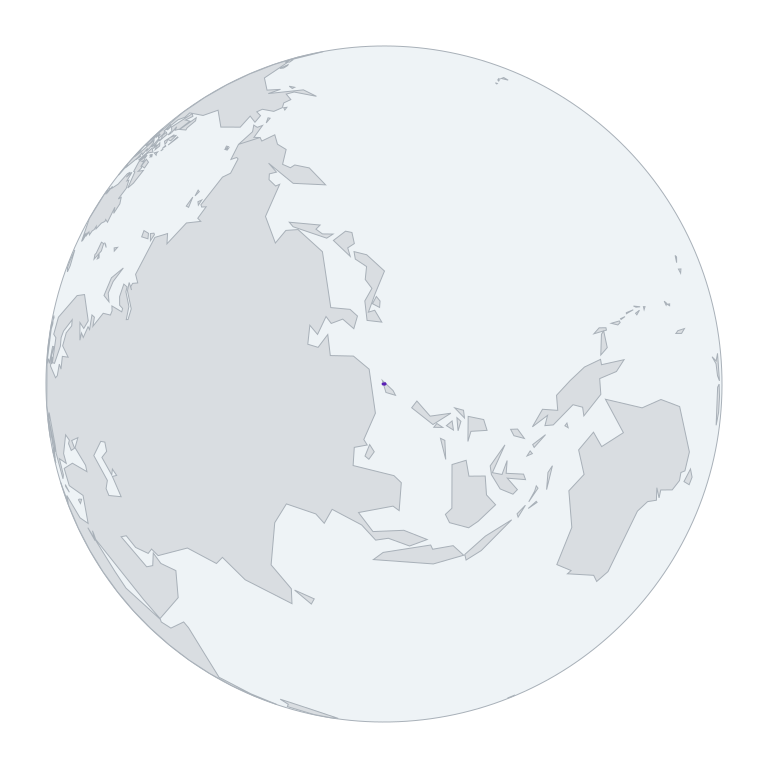 Hsinchu on an orthographic globe, rotated 307°
{"feature_id": "TWN-1162", "entity_name": "Hsinchu", "entity_type": "County", "adm_level": 1, "iso_a3": "TWN", "parent_name": "Taiwan", "parent_adm1": "", "projection": "orthographic", "projection_center": [121.134, 24.693], "detail": "coarse", "context": "on_globe", "style": "filled", "palette": "violet", "viewbox_px": 768, "rotation_deg": 307, "n_neighbors": 0, "source": "natural_earth", "source_scale": "10m", "svg_char_len": 11638}
<svg xmlns="http://www.w3.org/2000/svg" viewBox="0 0 768 768"><g transform="rotate(307 384 384)"><circle cx="384" cy="384" r="338" fill="#eef3f6" stroke="#a8b0b8"/><path d="M661.9,539.1L661.6,541.0L661.3,541.4L661.9,539.1ZM612.8,135.4L589.5,116.6L590.3,116.6L583.2,111.7L581.8,111.9L582.7,113.4L556.5,104.3L548.3,113.7L557.0,124.0L546.3,116.8L570.4,142.6L573.1,156.9L563.1,136.5L556.7,131.4L555.1,138.4L548.2,134.8L543.5,136.5L535.4,131.9L530.2,121.5L524.8,118.6L524.0,123.9L515.4,123.4L517.4,115.9L502.6,114.6L491.0,99.1L502.8,86.7L489.6,77.9L483.6,65.7L477.3,64.5L471.0,60.5L461.3,58.0L463.0,57.4L453.9,56.1L454.2,57.2L450.3,57.3L444.7,56.2L445.8,54.9L448.8,55.2L446.2,54.4L449.1,54.3L444.5,53.7L446.5,52.9L436.1,52.3L430.8,50.5L434.3,50.4L444.8,52.2L479.1,59.8L480.4,60.1L504.6,68.3L528.2,78.4L550.9,90.2L572.7,103.7L593.4,118.7L612.8,135.4ZM701.4,300.3L698.6,293.8L700.8,295.2L701.4,300.3ZM696.6,291.7L697.6,293.5L696.7,292.3L696.6,291.7ZM695.6,292.1L696.3,291.8L695.8,292.9L695.6,292.1ZM694.7,293.6L695.1,292.5L695.2,292.9L694.7,293.6ZM692.2,293.7L691.5,293.5L691.6,291.7L692.2,293.7ZM584.2,114.9L582.6,112.4L586.3,114.0L588.5,116.3L584.2,114.9ZM576.0,113.7L573.3,110.9L581.4,115.2L580.4,115.4L576.0,113.7ZM564.8,132.9L564.8,129.1L567.2,134.1L564.8,132.9ZM544.3,137.6L546.5,139.9L543.1,139.9L544.3,137.6ZM527.7,133.1L521.6,132.8L526.8,131.2L527.7,133.1ZM439.1,50.6L452.7,53.1L455.5,53.8L447.1,52.4L438.2,50.5L439.1,50.6ZM517.4,131.4L502.7,131.7L506.3,136.7L487.8,123.6L506.4,127.2L512.4,124.2L512.7,128.3L517.4,131.4ZM456.8,58.2L456.2,56.8L461.9,59.1L456.8,58.2ZM461.4,59.7L484.6,68.2L482.7,70.3L475.3,66.6L477.1,70.8L464.7,67.4L461.0,64.5L464.7,63.6L457.2,63.1L461.4,59.7ZM480.0,116.9L475.6,115.8L479.2,115.0L480.0,116.9ZM449.2,57.5L454.1,58.8L452.8,60.5L442.8,58.3L446.5,58.4L449.2,57.5ZM483.6,73.8L480.8,75.1L470.1,72.6L467.6,72.9L464.3,67.6L483.6,73.8ZM443.9,57.5L437.8,57.3L433.3,55.7L444.4,56.5L443.9,57.5ZM456.7,62.0L455.6,62.8L452.9,61.6L456.7,62.0ZM413.8,50.9L419.7,51.7L419.5,52.6L413.8,50.9ZM435.9,57.4L437.5,58.0L438.0,58.6L433.2,58.2L435.9,57.4ZM457.0,66.5L453.0,65.4L457.8,68.5L449.9,67.3L449.1,64.1L446.2,65.0L443.8,64.7L445.8,62.6L457.0,66.5ZM430.1,59.9L426.4,56.3L415.6,54.2L415.5,53.3L432.9,56.9L430.1,59.9ZM439.1,61.6L433.5,60.2L436.2,59.4L441.7,59.8L439.1,61.6ZM444.9,67.8L457.1,70.4L456.9,71.1L444.9,67.8ZM426.4,59.4L427.4,60.3L425.4,59.3L426.4,59.4ZM438.6,65.2L443.0,65.9L442.6,66.6L438.6,65.2ZM425.7,61.8L424.5,60.5L428.2,60.6L425.7,61.8ZM431.2,63.5L429.6,64.3L430.3,61.4L433.2,63.6L431.2,63.5ZM437.5,65.8L438.7,66.4L435.7,65.4L437.5,65.8ZM412.4,62.7L412.3,59.0L420.5,59.0L419.4,62.4L412.4,62.7ZM130.7,160.4L130.1,161.0L129.7,161.5L130.7,160.4ZM110.8,185.1L98.6,203.8L104.1,197.7L94.2,221.8L94.6,231.6L113.9,210.7L113.4,193.8L124.1,179.4L133.2,182.8L135.2,199.5L139.5,194.6L147.2,175.6L156.9,171.8L150.9,168.6L146.5,175.5L142.7,174.2L146.5,168.0L149.8,166.5L151.8,160.3L135.6,170.0L129.4,178.0L129.0,169.7L118.5,182.6L115.1,184.7L131.5,163.7L136.9,158.5L159.7,133.7L153.9,138.1L132.1,162.3L134.8,158.4L126.8,166.2L135.0,157.2L160.4,131.1L163.9,127.6L200.9,100.0L196.0,103.4L202.3,100.8L199.1,104.3L214.6,96.7L215.1,97.9L205.8,101.8L197.6,106.9L191.3,117.9L194.0,118.1L204.5,112.7L201.5,117.1L212.5,110.5L215.3,115.6L221.1,104.4L233.7,99.4L242.5,99.6L247.7,96.3L233.4,96.2L226.8,98.2L219.4,102.8L202.2,108.4L201.5,106.3L223.5,94.1L225.0,90.3L241.4,83.8L269.9,85.7L275.2,91.0L256.4,109.8L247.7,110.8L250.1,104.2L235.9,114.8L242.7,111.7L240.2,115.8L251.6,113.2L250.3,116.1L263.4,109.2L263.1,112.5L254.9,116.8L271.5,117.2L274.4,124.0L278.8,122.8L282.6,119.7L283.8,131.1L287.0,129.8L287.8,125.5L294.6,120.3L307.2,116.1L306.9,120.3L302.3,122.4L292.4,133.6L280.3,139.4L281.4,140.8L291.9,136.9L304.1,123.0L311.7,119.4L307.1,125.8L309.4,123.1L313.1,122.7L316.5,126.5L322.1,119.6L363.2,112.8L373.9,120.6L365.3,126.3L393.7,129.3L403.6,139.8L404.3,135.5L418.5,135.3L415.6,131.9L417.0,129.9L452.0,130.5L460.0,134.6L475.9,132.0L476.3,130.1L471.2,126.6L487.8,123.6L506.3,136.7L504.5,140.2L517.3,146.8L511.4,154.6L512.4,164.7L498.4,170.8L500.4,179.1L505.2,180.9L511.6,194.3L507.9,217.5L489.6,190.7L490.9,158.9L488.5,170.6L482.8,166.0L478.0,169.2L476.9,178.3L480.7,180.5L446.5,188.5L431.2,212.4L447.6,213.2L455.6,222.4L452.6,255.2L413.0,295.5L423.2,312.0L422.3,321.9L410.0,326.6L411.0,312.0L400.6,305.4L403.0,297.1L383.6,301.1L386.3,289.4L369.9,299.2L373.6,309.3L389.7,309.3L374.4,324.0L387.9,342.8L386.9,363.2L355.5,394.7L327.5,401.3L325.2,407.3L315.5,398.4L300.3,408.4L316.8,447.1L315.6,457.2L292.0,472.3L291.9,464.7L266.0,441.0L259.5,464.0L279.1,487.9L285.8,512.1L270.0,501.9L263.4,480.3L254.3,471.3L258.0,451.0L252.7,418.0L236.8,420.1L239.2,407.7L229.5,378.2L207.5,380.2L171.6,402.7L164.7,433.2L153.2,442.7L144.1,390.9L148.3,359.3L139.8,358.2L134.7,325.7L111.0,306.9L112.3,297.7L106.8,297.6L104.0,284.0L107.7,269.5L103.8,266.0L95.2,304.5L99.8,308.6L110.2,301.4L106.4,313.8L109.7,330.1L89.5,348.2L61.9,346.3L67.0,322.4L86.4,247.2L90.1,241.7L90.5,240.9L91.3,239.5L85.0,247.6L91.0,233.9L72.3,282.1L65.7,300.8L61.4,347.2L59.9,349.3L60.8,360.7L73.4,367.2L71.7,374.6L61.1,401.6L50.5,428.8L56.4,463.9L63.3,490.3L63.6,491.5L56.6,467.7L51.4,443.5L47.9,419.0L46.2,394.3L46.4,369.5L48.4,344.8L52.1,320.3L57.7,296.2L65.0,272.5L74.0,249.5L84.7,227.1L97.0,205.6L110.8,185.1ZM129.4,231.4L135.8,241.9L146.7,222.7L150.1,225.5L152.6,218.3L147.5,221.3L155.6,202.9L163.3,203.0L169.6,196.0L167.7,192.3L152.2,195.3L140.5,221.1L133.2,225.0L129.4,231.4ZM233.2,81.6L227.1,84.8L222.5,87.2L223.0,86.9L233.2,81.6ZM210.5,94.0L214.4,91.7L216.7,90.4L219.4,89.2L240.1,79.0L238.4,80.6L235.9,81.2L232.7,83.3L227.7,85.1L205.9,97.6L200.4,100.7L206.6,96.4L210.5,94.0ZM296.0,58.5L304.9,56.4L289.6,62.2L283.0,63.7L286.6,61.1L296.6,58.1L296.0,58.5ZM420.5,48.5L424.9,49.0L424.6,49.1L420.6,48.8L420.5,48.5ZM398.0,46.4L405.6,46.8L403.1,46.6L422.4,48.3L423.8,48.4L432.9,49.7L420.6,48.1L415.1,47.9L415.5,48.1L423.4,50.2L440.3,53.7L437.6,54.8L431.2,54.8L426.7,54.1L429.9,53.4L421.6,53.0L422.8,51.6L416.6,51.2L400.9,47.4L405.2,47.4L390.9,46.3L395.9,46.3L398.0,46.4ZM368.4,46.4L372.8,46.5L367.9,47.6L375.4,47.2L375.3,47.8L369.4,47.9L378.4,48.2L376.7,48.9L383.6,51.4L397.6,52.5L400.5,53.9L394.1,53.8L401.4,55.3L391.4,56.4L393.2,57.6L385.2,60.4L371.9,60.4L374.9,61.8L368.9,64.6L357.6,65.4L363.2,62.7L346.8,65.8L347.9,62.7L345.9,63.3L342.4,61.5L334.7,60.7L336.8,59.3L332.9,59.6L330.5,58.8L325.8,59.0L327.9,56.8L322.4,57.0L326.5,56.0L316.5,57.0L324.9,55.4L322.6,54.8L315.7,56.7L338.2,49.3L339.5,49.0L368.4,46.4ZM409.8,63.3L393.6,63.0L386.3,61.4L403.4,57.4L403.1,56.2L413.8,54.5L424.3,57.1L420.2,57.2L418.8,58.0L416.1,56.9L417.1,58.4L411.6,58.9L410.9,60.3L405.9,59.7L409.8,63.3ZM132.0,159.1L130.0,161.6L128.4,164.2L123.3,169.6L132.0,159.1ZM146.1,144.0L149.0,141.2L148.2,142.1L140.2,150.0L141.1,149.0L146.1,144.0ZM154.5,136.3L148.7,141.5L153.1,137.4L154.5,136.3ZM205.7,102.7L205.6,103.8L202.9,105.4L199.9,106.6L205.7,102.7ZM309.2,77.3L313.5,75.2L315.2,75.5L327.2,73.0L327.4,75.6L320.2,78.2L309.2,77.3ZM110.0,211.9L105.9,213.5L107.6,209.7L108.6,209.8L110.0,211.9ZM111.9,190.0L108.2,197.9L110.6,191.4L111.9,190.0ZM311.4,79.7L316.3,78.3L313.3,80.5L311.4,79.7ZM328.1,77.5L325.8,80.0L328.8,75.7L328.1,77.5ZM207.5,671.6L214.5,675.8L211.1,674.1L207.5,671.6ZM76.3,509.7L89.4,548.7L85.4,542.3L77.8,526.8L68.2,501.0L70.6,500.3L69.8,490.8L76.3,509.7ZM371.4,574.1L381.9,576.2L381.6,577.5L371.4,574.1ZM360.4,568.4L372.3,569.9L358.4,571.2L360.4,568.4ZM377.0,570.5L389.1,568.8L394.3,566.9L393.5,569.7L377.0,570.5ZM352.4,567.7L309.5,561.9L292.8,555.5L296.5,551.1L323.5,556.5L352.4,567.7ZM295.2,550.7L270.0,531.7L237.4,481.2L249.0,484.7L283.5,518.2L281.3,522.3L296.5,536.5L295.2,550.7ZM357.1,532.6L354.7,545.8L330.9,541.8L320.1,538.1L312.7,519.8L316.8,511.5L325.6,513.0L360.6,486.8L372.5,495.5L361.5,507.3L371.4,520.2L357.1,532.6ZM165.6,436.6L170.4,457.6L164.5,458.4L165.6,436.6ZM375.6,466.5L360.9,478.7L374.6,461.8L375.6,466.5ZM384.3,450.0L384.7,457.1L379.4,449.8L384.3,450.0ZM324.0,417.0L314.8,417.2L315.0,412.2L327.0,409.0L324.0,417.0ZM385.9,380.4L384.2,395.2L381.9,400.0L378.4,390.7L385.9,380.4ZM319.8,106.0L302.8,106.0L290.7,109.0L284.1,114.9L286.2,107.1L304.8,102.4L319.8,106.0ZM357.9,111.2L363.6,106.9L366.0,109.5L365.1,110.8L357.9,111.2ZM357.9,108.1L355.7,101.9L362.1,100.0L362.6,105.2L357.9,108.1ZM332.8,89.0L327.8,88.6L330.3,86.6L332.8,89.0ZM582.2,652.4L585.6,651.7L575.9,659.5L562.7,668.3L550.9,674.1L582.2,652.4ZM487.2,688.3L486.6,682.3L500.6,679.9L495.0,686.1L487.2,688.3ZM591.4,645.3L600.0,637.0L603.2,629.6L602.3,635.4L609.2,631.9L588.4,650.0L591.4,645.3ZM435.0,662.9L369.0,675.8L354.3,672.7L357.4,666.6L342.8,644.7L347.6,645.7L343.8,630.7L382.5,620.3L410.0,595.9L432.2,598.2L448.5,579.1L471.6,580.3L465.0,595.5L489.2,604.5L505.1,570.0L520.3,604.5L538.3,614.5L543.9,633.7L513.5,668.8L495.7,676.6L492.0,674.4L484.7,678.1L472.9,677.9L465.9,668.8L458.6,672.2L465.4,664.3L455.1,671.5L448.7,665.3L435.0,662.9ZM600.0,586.7L603.5,586.6L609.1,590.6L603.5,591.2L600.0,586.7ZM653.0,550.0L654.6,551.9L651.0,554.2L653.0,550.0ZM661.3,541.4L657.0,544.7L661.9,539.1L661.3,541.4ZM618.1,562.2L619.9,563.9L618.4,565.0L618.1,562.2ZM616.7,561.9L618.8,557.9L618.5,561.4L616.7,561.9ZM599.9,547.0L601.9,544.6L602.9,545.9L599.9,547.0ZM397.5,577.4L412.0,568.2L420.1,567.7L397.5,577.4ZM596.7,543.6L591.4,544.3L591.9,542.3L596.7,543.6ZM597.0,539.0L596.4,536.3L599.8,542.1L597.0,539.0ZM586.8,534.6L593.3,538.4L586.0,535.3L586.8,534.6ZM582.9,535.9L578.2,534.5L578.5,533.6L582.9,535.9ZM530.3,546.1L547.9,561.1L533.9,562.1L518.1,553.0L506.2,563.4L478.8,562.8L485.0,556.6L481.2,547.4L453.2,543.8L447.6,537.6L457.4,533.5L439.1,528.3L459.2,525.8L467.5,538.6L478.8,528.6L498.7,530.6L518.2,533.9L534.0,542.1L530.3,546.1ZM459.5,553.6L462.9,553.6L459.9,557.4L459.5,553.6ZM569.2,528.9L576.0,534.0L575.2,535.6L571.9,535.2L569.2,528.9ZM537.6,539.7L554.6,527.7L558.6,527.5L547.4,540.4L537.6,539.7ZM550.4,521.4L558.3,522.0L562.5,527.4L560.9,529.2L550.4,521.4ZM418.5,541.0L417.7,544.4L412.6,541.5L418.5,541.0ZM425.1,539.2L440.8,543.5L423.7,542.1L425.1,539.2ZM378.4,523.9L382.8,532.7L397.0,528.4L386.2,535.3L396.0,549.7L392.8,554.6L383.0,539.1L379.9,554.1L373.6,553.3L370.1,539.9L376.3,524.3L382.5,518.1L408.2,517.2L378.4,523.9ZM425.0,528.9L420.9,518.9L424.0,512.4L428.4,517.8L425.0,528.9ZM409.0,494.2L398.5,481.9L388.6,485.6L408.8,470.7L415.6,485.0L409.0,494.2ZM400.5,467.9L391.2,471.3L401.0,462.5L400.5,467.9ZM389.0,467.2L388.3,458.9L395.5,460.6L389.0,467.2ZM405.3,468.7L407.5,454.8L410.9,463.3L405.3,468.7ZM386.1,440.2L400.9,455.0L381.1,447.5L381.7,420.4L390.2,420.5L386.1,440.2ZM442.5,334.4L441.2,326.5L449.3,325.2L447.9,330.9L442.5,334.4ZM474.5,316.4L451.0,322.5L432.0,328.3L437.3,332.2L432.1,345.0L424.6,332.2L438.8,318.7L453.1,316.8L456.2,306.1L467.3,299.4L466.5,285.9L471.7,280.4L476.8,292.4L474.5,316.4ZM465.6,280.2L468.2,257.2L482.9,261.3L485.7,267.2L478.3,275.8L470.9,273.1L465.6,280.2ZM473.1,253.1L466.0,250.5L454.9,216.8L456.2,211.0L472.5,237.3L466.7,236.5L466.8,244.5L473.1,253.1ZM476.4,118.0L475.7,116.0L479.0,118.0L476.4,118.0ZM415.1,128.1L417.6,125.7L421.3,127.7L415.1,128.1ZM426.5,120.7L420.5,119.9L427.0,118.9L426.5,120.7ZM407.1,119.0L418.2,118.8L407.5,121.6L407.1,119.0Z" fill="#d9dde1" stroke="#a8b0b8" stroke-width="1"/><path d="M382.8,383.1L382.9,382.9L383.0,382.7L383.5,382.5L384.1,382.9L384.1,383.1L384.3,383.2L384.5,383.3L384.7,383.5L384.9,383.6L384.9,383.8L384.9,384.0L385.1,384.4L385.5,384.6L385.4,384.8L385.4,385.0L385.1,385.3L385.0,385.5L384.7,385.5L384.7,385.4L384.5,385.2L384.4,385.0L384.1,385.1L383.9,385.1L383.7,385.1L383.7,384.9L383.7,384.6L383.2,384.2L383.1,383.9L383.2,383.6L383.5,383.5L383.5,383.4L383.4,383.3L382.8,383.1Z" fill="#8b5cf6" stroke="#5b21b6" stroke-width="1.5"/></g></svg>